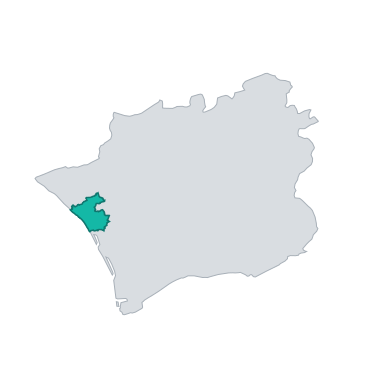 Gbokle, Bas-Sassandra, Ivory Coast (highlighted), rotated 70°
{"feature_id": "98640826B37905317988050", "entity_name": "Gbokle", "entity_type": "district", "adm_level": 2, "iso_a3": "CIV", "parent_name": "Ivory Coast", "parent_adm1": "Bas-Sassandra", "projection": "equal_earth", "projection_center": [-6.009, 5.243], "detail": "fine", "context": "in_parent", "style": "filled", "palette": "teal", "viewbox_px": 384, "rotation_deg": 70, "n_neighbors": 0, "source": "geoboundaries", "source_scale": "gbopen_adm2", "svg_char_len": 8698}
<svg xmlns="http://www.w3.org/2000/svg" viewBox="0 0 384 384"><g transform="rotate(70 192 192)"><path d="M111.2,74.2L112.2,74.2L114.7,73.2L117.1,70.9L119.2,66.2L122.2,62.4L125.4,62.7L126.4,62.0L127.6,61.8L128.9,64.3L130.3,66.2L131.3,66.3L132.0,69.9L138.0,71.4L140.6,72.4L142.8,75.0L143.5,75.1L144.4,74.5L145.1,73.6L145.3,72.6L144.4,70.2L144.8,68.1L145.7,66.2L147.3,66.1L149.6,65.5L152.3,65.5L154.3,65.9L155.1,64.0L154.3,58.6L154.5,55.7L154.8,53.2L155.6,52.2L158.5,55.3L161.3,56.4L163.2,56.5L163.7,55.9L162.9,52.5L163.1,51.5L163.9,50.9L165.1,50.5L168.6,49.1L169.0,49.4L169.6,54.8L169.3,56.6L170.0,60.2L170.9,63.6L170.9,65.0L170.1,67.1L169.3,69.0L169.4,69.8L170.7,71.1L173.4,72.5L176.1,72.8L177.6,70.8L179.2,69.2L180.3,67.8L180.7,65.6L182.4,64.1L187.4,62.1L192.0,61.8L193.1,62.5L195.1,65.4L197.8,67.5L201.7,67.2L204.6,68.4L207.1,70.7L208.8,75.8L210.7,79.4L211.5,84.6L214.4,87.3L216.6,88.6L219.7,92.4L222.9,94.3L226.2,93.8L227.7,95.8L230.2,97.2L232.7,97.3L234.8,93.0L237.7,91.2L244.9,87.8L247.7,86.2L250.6,85.2L257.6,84.9L264.0,85.9L267.2,86.8L269.4,86.2L271.5,88.2L273.7,92.6L275.5,94.0L277.3,95.5L278.6,98.9L280.2,102.3L281.1,103.8L283.0,107.2L284.7,107.2L286.3,105.8L287.0,104.7L287.4,106.9L286.7,110.5L286.9,112.7L287.8,113.6L287.3,116.4L285.4,121.3L285.4,124.2L287.3,125.1L288.7,128.2L289.5,133.4L290.3,135.1L290.4,136.2L291.8,148.9L293.5,161.6L292.5,163.3L291.0,163.8L290.0,164.4L289.7,165.6L290.4,167.3L290.0,168.9L288.1,170.0L284.1,174.0L283.8,175.7L282.8,179.1L281.9,181.2L280.6,185.1L278.5,195.5L277.8,204.0L277.7,206.7L276.9,208.5L276.0,211.2L271.6,218.5L269.4,224.5L269.7,227.1L269.8,229.7L269.1,231.6L269.3,236.7L269.8,240.9L270.6,245.1L273.8,256.9L275.4,264.1L276.5,269.8L277.4,273.7L278.2,275.3L278.6,276.8L283.3,277.8L284.2,278.7L285.5,286.2L285.3,289.6L284.4,290.9L284.4,293.8L284.2,297.4L283.5,298.8L280.9,299.0L279.1,300.3L276.7,299.8L276.5,298.9L275.2,298.6L271.7,296.6L272.3,290.0L270.7,289.7L269.4,290.6L267.0,298.5L265.8,299.8L248.3,295.8L244.5,292.5L240.0,291.8L232.1,292.1L225.6,293.1L223.7,295.1L240.2,293.9L241.9,294.1L242.8,295.3L221.9,297.9L214.0,299.5L211.6,299.0L209.8,296.5L201.2,296.2L199.4,297.0L198.4,298.9L201.8,298.5L207.1,298.4L208.6,299.8L191.8,301.7L180.1,305.2L175.2,307.8L159.0,316.4L149.0,320.5L146.5,321.9L141.9,326.2L136.1,328.8L129.6,333.7L125.7,334.9L124.8,333.3L124.7,324.9L124.1,313.7L124.4,309.4L124.9,305.4L124.9,302.1L126.9,300.8L127.4,299.4L127.7,295.1L129.6,291.1L129.6,284.2L130.1,282.8L130.6,280.9L129.8,276.4L128.8,267.9L128.3,267.3L127.8,267.7L126.8,267.8L122.7,264.9L119.6,264.4L117.3,261.9L117.2,259.0L116.1,257.3L115.4,254.0L114.3,250.2L111.2,247.9L108.3,247.3L106.2,247.8L103.8,247.7L101.0,246.4L99.1,245.0L97.3,242.2L95.6,240.0L94.2,240.2L92.6,239.7L91.0,238.7L90.5,237.9L97.2,229.1L99.5,224.7L99.8,222.1L99.8,219.4L100.6,216.7L100.7,212.5L97.0,197.4L96.1,192.7L95.1,191.3L94.5,190.8L96.4,188.8L99.0,189.4L102.9,190.9L103.8,189.4L106.8,181.7L106.8,178.9L106.5,176.9L108.2,171.7L109.6,169.7L110.4,167.5L110.2,164.5L109.1,163.4L107.7,163.6L106.0,162.9L103.5,161.2L102.2,159.6L102.6,152.7L102.9,150.6L103.8,149.3L105.2,149.0L109.1,148.8L112.3,149.6L115.1,150.1L116.6,150.0L117.8,152.1L119.4,154.2L120.8,154.2L121.3,152.6L121.0,145.8L120.1,142.2L117.9,138.7L112.4,135.8L112.3,131.6L112.8,127.1L114.0,125.4L118.2,122.6L117.4,121.1L116.1,119.4L113.5,117.8L114.1,112.4L114.3,107.6L112.1,108.1L109.8,108.4L107.9,106.9L106.3,104.0L106.0,96.0L106.0,86.8L105.7,82.7L106.3,80.5L108.3,78.5L110.4,75.9L111.2,74.2ZM274.5,299.9L273.6,301.7L269.2,300.6L270.2,299.1L274.5,299.9Z" fill="#d9dde1" stroke="#a8b0b8" stroke-width="1"/><path d="M178.0,282.2L178.0,282.3L178.0,282.5L178.1,282.9L178.0,283.3L177.8,283.4L177.8,283.5L178.0,283.7L178.1,284.0L178.3,284.3L178.3,284.7L178.6,285.0L178.6,285.3L178.5,285.5L178.5,286.1L178.4,286.0L178.2,286.0L178.1,286.5L177.9,286.9L177.7,287.0L177.6,287.3L177.6,287.5L177.5,288.2L177.5,288.4L177.6,288.6L177.5,288.8L177.4,288.9L177.2,289.1L177.2,289.3L177.0,289.7L176.7,289.8L176.3,289.8L176.2,289.8L175.9,289.3L175.7,288.9L175.3,288.6L174.6,289.0L174.2,288.7L173.2,288.6L173.1,289.0L172.9,289.1L172.7,288.9L172.6,288.7L172.4,288.0L172.1,287.4L172.0,287.2L171.7,287.1L171.4,286.8L171.2,286.7L170.9,286.7L170.5,286.2L170.1,285.9L170.2,285.5L170.3,285.5L170.3,285.3L170.4,284.8L170.5,284.6L170.7,284.2L170.9,283.9L170.9,283.7L171.1,283.5L171.1,283.2L171.3,282.8L171.1,282.5L171.1,282.3L170.9,282.2L171.0,282.0L170.6,281.8L170.7,281.7L170.6,281.4L170.7,281.2L170.6,280.9L170.6,280.6L170.5,280.2L170.5,279.7L170.7,279.4L170.7,279.1L170.8,279.0L170.7,278.7L170.5,278.3L170.6,278.1L170.8,278.1L170.9,277.6L170.8,277.4L170.6,277.5L170.4,277.5L170.3,277.2L170.2,277.1L170.2,277.3L170.1,277.5L169.8,277.7L169.6,277.8L169.3,277.7L169.3,277.8L169.2,277.8L169.2,278.0L168.8,278.1L168.6,278.1L168.2,278.0L168.1,277.9L167.9,278.1L167.6,278.0L167.4,278.0L167.2,278.0L167.1,278.3L166.9,278.3L166.7,278.6L166.7,278.8L166.4,279.1L166.0,279.3L165.8,279.9L165.7,280.2L165.3,280.4L165.1,280.4L164.9,280.4L164.7,280.6L164.5,280.8L160.7,280.6L160.8,280.8L160.7,281.0L160.9,281.3L160.7,281.7L160.5,282.1L160.5,282.3L160.7,282.6L160.8,282.7L160.9,282.9L161.1,283.0L161.3,282.8L161.5,282.8L161.7,282.7L161.8,282.8L162.1,283.2L162.1,283.3L162.0,283.7L161.8,284.0L161.9,284.3L162.2,284.7L162.5,284.8L162.5,285.0L162.3,285.1L162.2,285.6L162.3,286.3L162.3,286.5L162.3,286.8L162.2,287.0L162.1,287.3L162.2,287.5L162.4,287.5L162.3,289.5L161.1,293.2L161.5,293.8L162.4,293.6L164.0,293.6L163.9,294.8L164.1,295.1L164.0,295.3L164.1,295.5L164.0,295.8L164.2,296.3L164.1,296.6L164.0,296.8L164.1,297.1L164.3,297.2L164.4,297.3L164.5,297.6L164.6,297.9L164.7,298.4L164.9,298.5L165.3,299.0L165.6,299.1L165.8,300.0L165.7,300.5L165.6,301.0L165.5,301.8L165.6,302.1L165.8,302.4L165.6,302.6L165.4,302.6L165.1,302.9L164.9,303.0L165.0,303.4L164.9,303.4L164.9,303.6L165.0,303.6L165.0,304.0L165.5,304.5L165.7,304.8L165.7,305.2L165.8,305.4L165.8,305.5L165.8,305.8L165.7,305.9L165.9,306.2L165.9,306.4L166.0,306.5L165.7,307.0L165.4,307.3L165.4,307.5L165.2,307.6L164.7,307.9L164.5,308.1L164.4,308.0L164.3,308.3L164.0,308.2L163.9,308.2L163.9,308.3L163.7,308.2L163.6,308.4L163.6,308.6L163.8,309.0L164.0,309.1L164.4,309.7L164.4,310.0L164.5,310.1L164.8,310.1L165.0,310.1L165.4,309.7L165.6,309.6L165.8,309.9L165.9,309.7L166.0,309.7L166.3,309.8L166.4,310.0L166.6,310.2L166.7,310.3L166.8,310.9L166.9,311.2L167.0,311.2L167.3,311.0L167.3,311.3L167.2,311.7L167.3,312.0L167.2,312.2L167.2,312.5L168.0,312.1L169.2,311.7L169.3,311.5L169.8,311.2L170.0,311.0L170.3,311.1L170.7,310.8L171.1,310.5L171.2,310.3L171.4,310.2L171.5,310.2L171.8,309.9L172.8,309.4L173.2,309.3L173.9,308.8L174.2,308.5L174.4,308.4L174.9,307.6L175.3,307.6L175.7,307.4L176.2,307.4L176.7,307.1L176.8,306.9L177.0,307.0L177.1,306.8L177.4,306.6L178.0,306.4L177.9,306.2L178.3,305.9L178.8,305.7L179.0,305.5L179.4,305.4L179.7,305.3L179.9,305.1L180.4,304.8L181.3,304.6L181.8,304.3L183.7,303.7L185.8,303.3L185.9,303.2L187.4,303.0L188.6,302.8L189.1,302.8L190.1,302.5L190.4,302.3L190.6,302.4L190.8,302.3L191.1,302.2L192.2,302.2L192.5,302.2L192.8,302.1L193.7,302.0L194.2,301.7L194.4,301.6L194.2,301.1L194.0,300.9L193.9,300.8L193.7,300.5L193.7,300.4L193.7,300.2L193.8,300.1L193.7,299.9L193.9,299.7L193.9,299.3L193.9,299.2L194.0,297.9L194.1,297.6L194.4,297.5L194.8,297.5L195.2,296.8L195.2,296.6L195.3,296.5L195.2,296.2L195.3,296.0L195.3,295.7L195.4,295.0L195.2,294.3L195.2,294.2L195.3,294.0L195.3,293.9L195.7,293.9L196.0,294.0L196.2,293.7L196.0,293.3L195.6,293.1L195.4,292.9L195.5,292.4L195.4,292.2L196.0,291.0L196.4,289.7L196.5,289.7L196.8,289.6L197.2,289.2L197.3,289.1L197.4,288.9L197.5,288.8L197.6,288.7L197.8,288.4L197.9,288.2L198.1,288.1L198.4,288.0L198.3,287.9L198.2,287.9L197.9,287.8L197.7,287.8L197.5,287.7L197.1,287.7L196.9,287.7L196.6,287.2L196.6,286.7L196.5,286.3L196.3,286.1L196.2,286.1L196.0,285.9L195.9,285.9L195.2,286.3L195.0,286.1L194.9,286.3L194.7,286.0L194.8,285.6L194.6,285.2L194.5,284.6L194.3,284.2L194.3,283.6L194.0,283.7L193.9,283.7L193.6,283.6L193.2,283.0L192.8,282.9L192.5,282.5L192.4,282.5L192.2,282.5L191.9,282.5L191.9,282.2L191.7,281.2L191.7,280.7L191.5,280.2L191.5,279.8L191.1,280.1L190.8,280.1L190.6,280.2L190.4,280.6L190.2,280.7L190.2,280.9L190.1,281.0L189.8,281.3L189.4,281.3L189.4,281.2L189.5,280.7L189.2,280.5L188.7,280.3L185.8,277.7L185.6,277.9L185.5,278.2L185.5,278.3L185.6,278.5L185.6,278.8L185.6,279.0L185.4,279.0L185.1,279.4L185.0,279.6L184.9,279.8L184.9,280.3L184.8,280.6L184.8,280.8L184.6,280.9L184.5,281.3L184.2,281.6L183.9,281.5L183.3,281.7L183.2,281.9L182.9,281.7L182.3,281.5L181.9,281.3L181.6,281.4L181.5,281.6L181.3,281.5L180.9,281.5L180.5,281.5L180.2,281.3L179.9,281.5L179.6,281.8L179.4,281.9L179.2,281.9L178.8,281.8L178.0,282.2Z" fill="#14b8a6" stroke="#0f766e" stroke-width="1.5"/></g></svg>